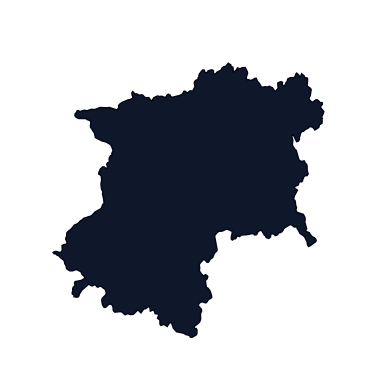 Carlos Chagas, Minas Gerais, Brazil (Robinson projection), rotated 194°
{"feature_id": "56859067B18228425283518", "entity_name": "Carlos Chagas", "entity_type": "district", "adm_level": 2, "iso_a3": "BRA", "parent_name": "Brazil", "parent_adm1": "Minas Gerais", "projection": "robinson", "projection_center": [-40.857, -17.668], "detail": "fine", "context": "isolated", "style": "filled", "palette": "ink", "viewbox_px": 384, "rotation_deg": 194, "n_neighbors": 0, "source": "geoboundaries", "source_scale": "gbopen_adm2", "svg_char_len": 5954}
<svg xmlns="http://www.w3.org/2000/svg" viewBox="0 0 384 384"><g transform="rotate(194 192 192)"><path d="M281.1,61.9L278.2,62.1L277.2,62.7L276.6,63.9L276.7,65.4L275.2,70.1L269.9,77.7L267.4,76.8L266.0,76.8L264.0,78.5L262.8,78.4L261.7,77.3L260.2,76.8L259.6,77.9L258.3,78.6L256.7,78.4L255.5,77.6L253.3,76.9L252.3,76.0L250.9,73.8L250.6,72.4L251.3,70.5L253.4,67.0L253.3,64.9L251.6,61.1L249.5,58.9L248.0,59.1L245.8,62.6L244.6,63.5L243.4,63.5L242.0,62.9L240.8,61.4L239.9,58.5L239.1,57.4L237.8,56.8L232.7,58.6L231.0,58.7L227.2,56.7L224.8,58.6L222.3,58.1L219.3,59.2L216.0,64.6L212.3,62.4L210.5,67.0L208.8,67.5L206.6,70.2L205.2,70.4L203.6,66.4L201.2,68.2L199.9,67.6L198.2,65.0L195.1,65.6L194.5,64.3L194.9,61.2L192.2,60.1L191.0,55.9L189.9,55.1L187.5,56.6L186.3,56.6L183.6,55.5L182.5,58.7L181.5,60.2L180.3,60.3L177.0,55.3L173.1,52.7L166.1,53.0L163.1,52.2L160.6,52.3L159.5,51.9L158.4,50.8L156.6,51.2L153.2,54.6L153.0,55.8L153.8,59.3L154.9,60.5L156.2,60.2L157.3,61.2L156.9,62.7L154.9,65.0L153.2,67.8L152.9,70.7L154.4,75.9L153.9,78.9L154.7,80.6L158.2,82.9L158.5,84.5L157.9,86.3L155.6,88.0L152.3,87.7L151.3,88.2L149.7,92.3L148.0,93.3L147.4,94.7L148.7,97.4L151.0,100.8L153.3,102.5L154.9,102.9L155.7,104.3L157.4,108.8L157.4,110.1L156.3,111.5L156.2,113.7L157.3,114.6L159.0,115.0L160.1,113.6L161.2,113.6L163.3,115.0L165.8,117.2L166.2,120.3L167.4,123.1L167.0,124.8L164.5,129.4L163.1,129.2L160.2,127.4L159.0,128.0L158.1,131.1L156.1,133.5L155.5,138.0L153.6,141.1L153.9,142.5L159.3,154.3L159.2,156.0L157.8,158.8L156.7,160.2L153.1,161.5L149.7,164.3L148.6,164.5L144.0,163.7L142.9,162.0L143.0,158.5L142.4,155.8L141.2,155.2L140.1,156.7L138.7,157.1L137.9,158.5L138.1,160.3L135.0,160.3L133.8,162.2L127.9,164.1L123.9,166.1L122.1,166.4L120.8,165.5L119.1,166.2L118.4,169.3L116.5,171.6L114.3,170.9L111.6,167.9L110.0,167.2L109.0,165.8L106.4,165.5L104.9,167.4L105.4,169.2L104.8,170.6L102.7,171.1L100.6,169.9L99.5,170.5L98.5,171.4L98.3,173.1L96.0,174.3L94.9,175.7L94.0,178.8L93.0,180.1L89.0,184.2L87.4,184.2L84.4,182.8L81.5,183.7L81.2,182.1L79.0,180.2L77.4,178.1L72.5,176.2L70.7,174.5L68.1,171.3L67.0,168.5L65.8,167.4L64.2,168.6L60.3,173.4L59.7,174.7L60.6,176.1L61.9,177.1L64.6,177.7L67.3,179.6L68.3,180.9L72.1,181.3L72.4,182.6L71.9,184.1L75.4,190.2L75.6,192.8L76.3,194.6L78.6,197.2L84.8,197.6L86.2,198.6L87.0,200.2L86.8,202.0L88.5,204.7L89.3,207.2L90.1,208.7L91.7,209.4L91.8,213.0L90.2,219.1L91.1,219.8L92.6,220.0L93.7,221.1L93.3,222.5L90.7,224.5L90.5,227.5L89.6,228.2L88.2,228.4L87.5,229.4L87.6,231.2L86.9,234.8L84.2,235.9L83.7,237.6L85.6,241.0L86.6,244.8L87.5,246.6L88.9,247.2L90.7,249.3L93.6,247.9L96.1,249.1L101.0,257.6L102.1,258.0L105.9,261.5L106.8,266.8L108.5,269.7L108.6,271.0L107.4,271.8L102.6,266.2L101.2,267.0L100.6,269.0L101.0,270.9L100.8,275.7L100.2,277.2L98.6,277.9L97.0,280.2L94.9,282.0L93.6,284.1L91.0,284.1L89.7,283.6L87.8,281.9L84.7,285.3L84.6,288.3L82.6,290.0L82.8,292.1L83.5,293.5L83.3,294.8L84.4,295.7L83.6,300.4L83.7,302.1L86.8,304.2L87.9,305.4L87.7,306.9L86.8,308.3L87.2,310.1L89.9,309.8L90.9,310.9L93.0,311.7L94.3,311.2L96.3,308.5L97.9,308.3L100.5,310.0L101.2,311.2L100.6,314.2L101.2,320.1L102.0,321.1L105.7,322.6L106.2,323.7L107.1,329.4L108.0,330.5L110.3,330.1L111.3,331.8L114.2,333.2L114.5,330.5L115.7,330.1L116.8,331.4L119.3,332.6L119.8,331.3L119.8,329.5L120.8,327.6L124.2,326.7L126.4,324.8L126.4,322.1L127.2,321.0L127.7,317.4L128.8,317.1L129.8,317.5L130.6,318.6L130.7,320.2L131.9,320.6L133.2,320.1L135.1,318.4L133.5,313.5L135.0,310.3L136.3,310.0L139.2,312.6L142.7,313.2L144.6,311.8L145.9,312.0L149.9,310.4L152.2,313.0L155.3,315.3L157.2,317.8L158.5,317.4L160.9,315.0L162.1,314.4L164.4,314.6L165.5,314.1L166.4,314.8L167.2,316.3L166.8,320.5L167.6,322.3L170.5,325.6L173.3,324.8L175.1,323.2L177.9,323.3L178.3,321.5L179.8,319.1L180.9,318.5L182.6,323.1L184.5,322.9L185.0,324.6L187.9,325.7L189.8,321.9L191.5,321.2L192.8,319.4L193.4,317.1L196.9,314.1L197.3,312.8L198.4,312.1L199.8,311.6L200.5,314.7L201.5,315.3L202.7,315.2L205.7,313.4L206.1,311.6L208.0,310.8L209.8,313.3L211.4,312.8L213.3,308.4L213.5,306.9L212.9,305.2L213.7,304.2L213.4,302.6L215.5,301.1L216.0,299.9L216.2,298.4L214.5,295.1L215.7,290.0L218.3,289.7L220.2,287.2L221.6,287.3L223.0,288.1L224.1,287.8L225.0,284.8L226.9,282.9L233.8,279.2L235.3,279.2L236.9,280.8L238.7,281.1L239.6,279.9L240.5,277.4L242.2,277.2L244.1,277.6L247.1,276.7L248.7,276.8L251.9,274.2L252.9,270.6L254.5,271.2L256.8,273.1L259.3,272.3L261.0,272.5L263.1,274.0L264.3,274.1L266.6,273.1L269.0,273.8L271.3,273.3L273.7,275.1L274.3,273.8L273.5,271.4L272.5,270.3L272.0,269.0L274.4,266.5L275.8,266.2L281.3,262.1L283.2,260.0L284.1,258.1L283.6,256.8L283.6,255.6L284.7,253.4L292.7,254.0L294.8,253.1L301.7,251.7L306.0,248.6L309.7,247.8L313.7,245.3L316.2,245.3L320.3,242.8L321.7,243.4L323.0,243.2L323.2,241.4L324.3,239.6L324.1,237.9L323.0,236.8L320.0,235.9L312.7,237.6L311.4,237.0L307.8,236.5L307.0,235.3L306.3,230.6L300.8,225.5L298.9,221.5L291.6,219.8L287.5,219.8L283.5,218.7L281.5,217.5L278.6,213.3L279.1,210.0L278.4,208.3L279.7,207.7L280.4,205.7L280.3,203.4L279.6,202.2L279.5,200.9L281.0,199.9L281.4,198.3L280.0,195.8L280.4,194.1L281.6,194.1L283.0,195.0L284.7,194.8L286.5,192.1L287.1,188.1L286.7,186.8L285.1,186.4L283.8,185.4L282.4,181.4L282.3,178.1L281.6,175.8L280.2,172.6L278.4,170.6L278.4,168.6L276.3,164.5L274.4,159.4L275.5,158.5L276.0,154.4L276.9,153.1L281.0,149.4L283.8,144.5L290.9,140.1L291.6,138.5L293.1,137.2L295.1,133.7L298.2,131.3L300.2,126.9L302.7,123.7L303.5,122.1L302.9,118.5L303.3,116.8L303.0,115.5L301.2,113.3L300.8,112.1L301.3,110.9L303.7,109.9L305.1,108.6L303.7,104.1L304.6,101.8L305.9,101.2L309.2,101.5L310.6,101.0L312.1,99.8L310.9,98.8L309.4,99.0L307.9,98.2L305.6,97.8L303.9,96.5L300.2,95.0L299.2,94.2L298.0,91.6L296.4,90.2L295.3,87.6L294.4,86.9L291.3,86.0L288.5,86.8L286.4,88.4L284.7,88.8L280.4,87.7L278.6,85.3L276.1,84.2L275.1,82.2L278.3,79.2L283.7,76.8L284.0,75.6L283.0,73.3L283.2,72.1L284.2,70.9L284.3,69.3L283.7,67.1L283.9,65.4L283.3,64.0L281.6,63.6L281.1,61.9Z" fill="#0f172a" stroke="#020617" stroke-width="1.5"/></g></svg>